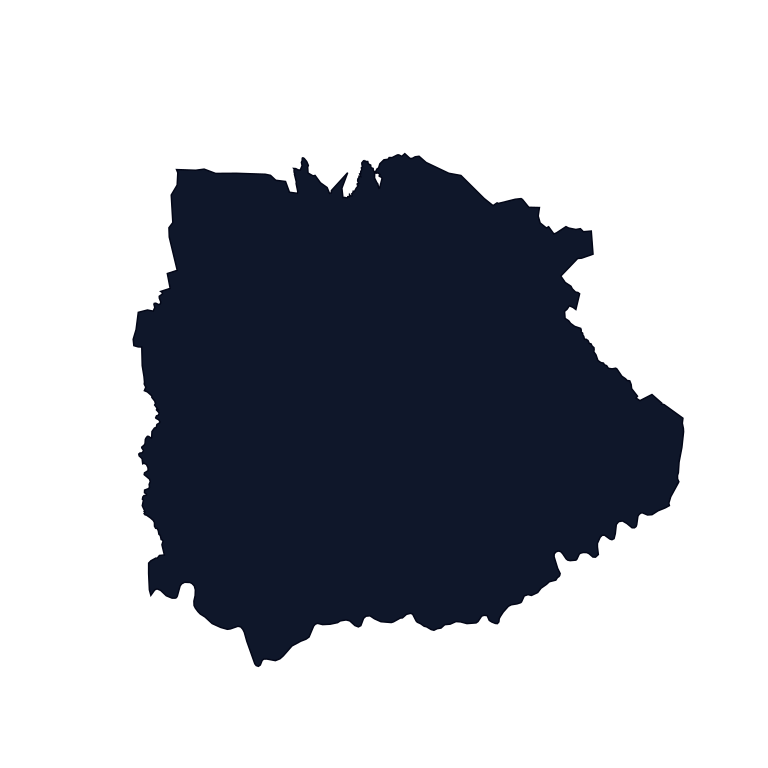 outline of Zirándaro, Guerrero, Mexico, rotated 165°
{"feature_id": "50627088B9136156022716", "entity_name": "Zirándaro", "entity_type": "district", "adm_level": 2, "iso_a3": "MEX", "parent_name": "Mexico", "parent_adm1": "Guerrero", "projection": "equal_earth", "projection_center": [-101.197, 18.328], "detail": "fine", "context": "isolated", "style": "filled", "palette": "ink", "viewbox_px": 768, "rotation_deg": 165, "n_neighbors": 0, "source": "geoboundaries", "source_scale": "gbopen_adm2", "svg_char_len": 6171}
<svg xmlns="http://www.w3.org/2000/svg" viewBox="0 0 768 768"><g transform="rotate(165 384 384)"><path d="M286.0,587.1L291.2,594.9L295.1,595.4L298.4,594.6L299.9,595.0L300.6,595.3L304.3,601.1L307.9,599.3L310.4,601.5L311.8,601.8L317.6,600.6L320.4,601.4L322.0,600.0L326.0,600.6L331.0,597.8L333.4,594.0L334.9,593.7L337.2,591.3L337.0,589.7L335.1,589.4L333.6,587.4L334.6,586.7L334.8,585.9L333.3,584.7L332.6,583.2L337.6,574.3L338.4,574.3L338.2,578.9L338.8,580.3L339.8,585.4L338.5,589.9L338.4,591.7L339.1,593.1L338.7,595.0L340.6,596.4L340.2,598.9L342.2,600.7L342.1,603.1L344.2,603.7L344.7,604.6L345.3,604.2L346.0,604.9L348.2,603.3L348.6,601.3L348.4,599.7L349.9,598.7L350.0,596.7L351.4,595.4L352.2,593.0L353.1,593.2L352.8,590.4L354.4,591.1L354.7,590.0L356.2,588.8L356.9,587.0L356.5,584.3L358.0,584.3L358.3,583.3L357.5,582.2L360.1,580.4L362.3,578.0L362.9,577.6L363.8,578.2L364.7,576.6L366.0,576.0L365.8,574.9L366.3,574.0L367.7,574.3L368.3,575.8L369.0,573.8L370.5,574.3L370.9,573.5L371.9,573.4L373.9,574.5L375.4,574.7L374.0,584.0L364.4,597.5L384.7,584.5L385.4,582.3L387.3,582.2L388.1,588.5L393.3,594.8L396.6,603.3L398.7,603.4L402.5,607.2L402.7,607.8L401.6,613.2L400.5,614.7L401.1,618.9L402.7,622.5L403.8,623.5L404.5,623.3L405.3,620.8L406.4,619.5L406.6,616.1L409.5,612.3L411.6,613.1L413.5,614.9L415.5,615.6L415.1,614.3L415.7,613.4L416.0,611.7L415.6,610.9L416.2,610.0L416.4,601.9L417.0,600.3L417.5,592.1L418.3,590.6L425.7,593.7L426.7,605.1L435.8,608.8L439.6,614.9L444.3,617.3L471.9,625.7L492.2,631.0L502.1,638.1L510.6,639.2L528.9,644.8L528.5,641.4L532.3,629.7L540.6,621.6L546.2,594.6L551.3,590.6L553.4,581.5L554.3,547.3L564.7,546.8L565.8,531.7L575.7,531.2L574.6,529.9L574.7,528.3L578.4,526.9L578.8,525.1L578.4,521.4L578.7,520.1L579.9,519.0L581.2,519.1L583.5,521.1L585.1,521.3L585.6,520.5L585.6,517.2L588.1,514.1L593.3,516.7L602.8,516.8L609.4,500.7L614.7,492.1L615.7,485.8L611.9,483.5L608.4,482.4L612.8,464.3L613.9,453.4L615.1,446.5L615.4,446.6L615.6,445.8L614.9,442.6L617.2,439.6L614.6,437.6L611.3,432.6L611.7,431.1L609.8,426.7L609.9,425.7L609.5,424.7L611.0,423.1L608.8,417.8L610.1,418.5L610.5,417.9L608.6,414.1L610.0,412.3L612.0,412.1L613.3,410.5L613.1,409.8L610.8,407.7L610.2,405.4L610.8,404.6L613.8,403.7L615.3,400.9L617.1,400.9L620.4,398.2L622.4,392.0L622.9,391.9L624.9,394.3L626.1,394.7L628.0,393.3L628.9,392.2L630.2,388.4L631.3,387.2L634.4,385.7L634.5,384.9L633.6,382.5L633.8,381.5L635.5,380.1L637.6,380.5L639.0,379.8L639.1,377.9L637.0,374.5L637.7,369.4L636.4,369.6L634.3,367.8L633.6,364.3L634.3,361.4L638.3,360.2L639.1,358.5L635.1,352.8L635.0,350.2L636.8,347.9L637.3,344.8L638.7,343.9L642.7,343.5L643.5,341.0L641.9,339.1L642.0,338.5L642.9,338.1L644.8,338.3L646.2,337.3L647.2,335.2L646.4,334.1L649.0,329.0L648.1,323.8L648.2,323.1L648.6,322.9L647.9,322.2L649.3,320.9L648.5,319.3L647.7,319.2L644.3,315.2L642.2,312.0L641.6,309.7L642.5,306.0L641.9,303.7L640.5,303.2L640.0,300.8L640.3,297.1L639.3,295.6L639.5,291.4L638.3,290.5L638.1,289.4L640.1,286.2L640.4,275.7L645.3,276.5L648.1,274.4L649.5,274.9L654.9,273.6L657.7,271.9L660.4,261.9L663.9,245.9L663.9,240.2L658.8,244.4L656.3,244.9L653.2,242.5L649.1,235.8L644.1,232.0L641.1,231.2L639.8,231.4L638.5,232.7L633.3,241.6L631.3,243.3L627.9,244.1L622.8,242.5L621.1,241.0L619.5,238.1L619.5,234.0L621.2,228.5L623.8,223.5L624.8,219.2L624.2,216.3L622.6,212.3L621.0,209.4L617.2,205.3L612.0,197.1L604.7,191.1L598.8,187.6L595.8,187.2L587.8,187.8L585.3,186.5L583.9,183.7L583.2,180.4L583.1,171.0L581.2,147.2L580.3,145.1L578.4,143.8L576.2,144.6L573.2,148.6L571.3,149.4L568.4,148.7L560.5,144.9L555.6,145.5L551.6,147.5L540.7,154.8L531.0,157.1L525.4,157.7L521.9,159.0L514.6,168.4L512.5,169.8L510.1,170.0L505.6,167.5L498.1,165.9L490.6,165.5L487.5,166.5L481.7,165.9L478.4,164.1L474.6,158.2L471.6,156.0L468.9,156.6L464.4,162.9L461.5,164.4L457.5,163.7L454.0,159.7L448.5,155.2L438.7,151.7L436.4,151.8L428.9,153.7L426.7,153.3L421.9,155.7L417.7,155.6L415.9,154.3L414.3,146.8L413.5,145.3L410.7,143.0L407.9,139.6L405.8,138.5L402.0,134.6L399.5,133.2L396.0,133.9L392.1,133.5L387.6,135.8L382.2,134.9L376.0,135.9L371.6,134.4L365.9,131.1L356.9,129.4L354.7,130.2L349.8,134.5L347.3,134.7L344.3,133.6L343.5,128.4L341.5,126.2L338.4,123.9L336.5,123.2L334.6,124.5L333.4,127.6L331.6,129.5L327.9,132.8L321.4,137.1L318.2,137.8L312.4,137.2L308.6,137.4L307.6,137.9L303.4,143.0L299.4,143.3L296.3,141.6L289.5,142.8L285.2,146.1L278.9,148.4L275.5,150.2L268.8,150.1L266.6,152.1L264.9,152.7L263.9,153.5L262.9,155.3L264.0,161.0L264.4,173.2L263.6,175.7L261.6,177.2L259.1,177.6L256.8,176.5L255.4,174.0L253.3,167.9L252.1,166.3L249.9,165.2L244.2,164.2L243.0,164.9L239.5,169.1L238.2,169.7L235.3,169.7L231.8,168.7L229.9,167.1L227.0,162.8L224.5,162.0L221.1,163.8L220.0,171.4L219.1,174.8L214.9,180.0L212.4,181.4L210.1,180.9L205.9,175.7L204.1,174.6L201.8,175.1L199.3,179.6L196.0,188.1L193.0,190.3L189.1,190.0L185.5,186.4L181.6,180.9L179.2,180.3L177.4,181.1L176.3,182.7L173.0,190.5L171.5,191.9L169.6,192.8L167.9,192.8L163.4,189.3L158.9,188.4L152.1,190.6L144.2,191.6L139.8,192.7L139.7,195.2L136.2,200.9L125.9,211.7L126.4,211.8L124.5,213.2L125.0,216.3L124.2,219.6L122.6,222.2L119.2,232.2L112.7,245.6L107.0,260.3L106.3,263.6L106.0,268.9L104.1,273.6L118.7,291.5L121.2,293.0L120.7,293.7L127.9,304.5L141.1,301.7L144.2,305.2L142.3,306.6L146.0,315.4L145.4,319.5L145.8,323.4L148.4,324.6L149.3,326.5L152.2,329.9L155.2,338.4L156.1,339.3L159.8,339.6L163.2,341.1L164.2,344.1L166.1,345.5L166.6,347.4L169.0,348.6L171.3,351.4L171.7,357.3L173.0,360.8L172.1,362.9L171.8,364.8L173.1,366.6L173.7,369.3L175.2,370.0L175.7,373.2L177.3,375.0L178.6,375.2L178.8,375.8L178.7,378.4L179.3,379.7L179.0,381.7L180.1,383.3L179.5,385.0L179.6,386.8L184.9,390.3L188.1,394.3L189.2,397.2L192.1,400.5L190.8,407.4L187.9,408.8L184.7,411.6L181.6,409.1L179.4,406.3L171.7,420.5L173.0,422.2L175.2,423.2L177.5,427.2L178.1,430.0L182.7,435.2L185.3,442.5L164.5,455.1L160.5,454.4L148.5,455.3L144.2,478.1L152.0,479.5L154.1,483.2L158.7,483.6L165.3,486.9L167.5,488.9L178.4,485.3L181.1,485.0L184.3,493.3L186.8,492.7L191.5,499.2L191.6,506.3L188.2,514.2L198.4,517.2L202.5,526.4L203.6,527.6L209.5,528.5L226.8,528.8L227.9,529.7L232.5,528.1L239.2,537.2L255.7,565.5L266.9,570.8L286.0,587.1Z" fill="#0f172a" stroke="#020617" stroke-width="1.5"/></g></svg>